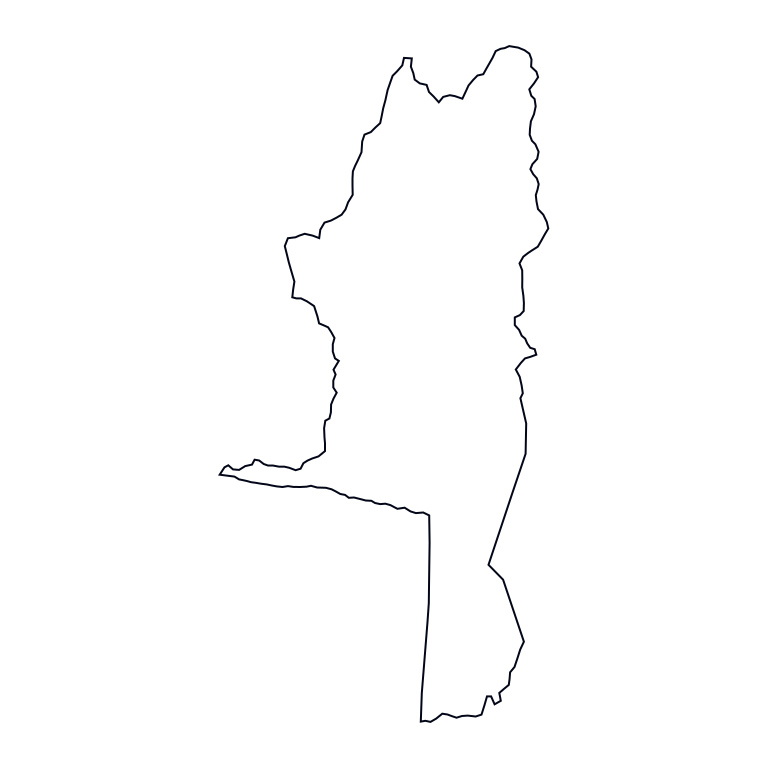 São João do Rio do Peixe, Paraíba, Brazil
{"feature_id": "56859067B54672156861025", "entity_name": "São João do Rio do Peixe", "entity_type": "district", "adm_level": 2, "iso_a3": "BRA", "parent_name": "Brazil", "parent_adm1": "Paraíba", "projection": "equal_earth", "projection_center": [-38.435, -6.751], "detail": "fine", "context": "isolated", "style": "outline", "palette": "ink", "viewbox_px": 768, "rotation_deg": 0, "n_neighbors": 0, "source": "geoboundaries", "source_scale": "gbopen_adm2", "svg_char_len": 3121}
<svg xmlns="http://www.w3.org/2000/svg" viewBox="0 0 768 768"><path d="M538.1,77.2L536.4,71.7L531.1,66.7L531.5,59.4L529.4,53.7L524.5,50.2L518.2,47.6L509.2,46.1L504.7,48.1L500.6,48.8L495.7,51.1L492.5,57.9L489.2,63.7L486.0,69.3L483.3,74.2L477.5,75.5L473.1,80.0L468.5,85.5L466.5,89.9L462.4,98.7L454.8,96.1L449.8,95.2L443.2,96.9L438.8,102.3L433.8,96.7L429.0,92.0L426.6,84.9L419.8,83.4L414.7,79.6L413.3,73.1L410.9,66.7L411.8,58.4L404.0,57.9L402.3,65.4L397.0,71.4L392.6,75.8L390.0,83.2L387.6,90.1L385.4,100.2L383.2,108.3L381.7,116.0L380.2,123.1L375.4,127.5L370.8,132.1L364.5,134.6L362.2,141.5L361.5,152.2L357.7,160.6L355.1,165.9L352.9,171.3L352.5,178.3L352.5,185.6L352.7,194.8L348.1,202.3L345.5,209.4L341.6,214.7L336.1,217.9L330.9,220.6L324.5,222.6L320.3,229.7L319.2,238.1L312.6,235.6L304.7,233.8L299.3,235.6L295.5,237.3L287.9,238.2L284.8,246.1L287.0,254.9L288.8,262.3L291.2,270.7L294.4,281.6L293.2,289.3L292.3,297.3L296.4,298.4L301.0,298.4L306.9,301.3L314.1,306.1L317.4,316.3L319.1,323.4L323.9,325.4L328.1,327.3L331.1,331.9L334.5,338.0L332.8,344.2L332.8,351.6L335.0,358.4L338.8,360.9L333.5,369.7L335.6,374.5L333.3,380.6L333.3,387.5L336.7,392.7L333.5,398.6L331.1,404.5L330.9,412.4L329.4,418.5L325.3,420.7L324.1,428.2L324.5,437.7L325.0,443.2L325.0,451.1L318.5,456.4L312.2,458.5L307.5,460.6L303.4,463.2L300.6,468.7L295.6,470.2L289.3,467.8L284.5,466.7L279.2,466.7L272.7,465.5L267.9,465.5L263.7,464.0L259.2,460.5L254.6,459.7L252.0,464.6L245.2,466.1L239.1,469.9L233.0,469.4L228.3,465.3L224.5,467.3L219.7,474.7L226.7,475.6L234.5,476.6L239.1,479.4L243.2,480.2L247.2,481.1L251.1,482.2L255.7,482.8L260.9,483.7L266.6,484.4L271.8,485.5L276.8,486.4L282.5,487.0L288.0,486.1L293.2,486.9L300.0,487.0L306.4,486.7L311.0,485.8L317.1,487.5L326.0,487.8L331.6,489.3L335.7,491.4L340.3,494.0L345.1,494.9L348.8,497.8L354.0,497.5L361.2,499.3L365.7,500.5L371.4,500.8L375.0,503.0L380.2,504.1L385.4,503.7L390.4,505.1L397.4,508.8L404.6,507.7L410.5,511.4L415.9,513.1L423.2,512.5L429.2,515.4L429.6,542.7L429.2,572.4L428.8,603.3L427.5,622.0L421.8,693.1L420.8,721.6L425.3,720.8L430.5,721.9L436.2,718.6L442.3,713.7L447.5,714.5L451.5,716.0L456.5,717.7L462.0,716.0L467.8,715.6L475.7,716.5L481.5,714.6L484.4,705.4L487.0,696.4L491.1,696.4L494.6,704.3L500.8,700.8L499.3,692.9L504.3,688.6L508.8,684.9L509.6,678.8L510.1,672.3L514.5,667.0L517.4,658.4L520.2,649.6L523.9,641.7L503.1,579.7L488.5,564.8L512.1,493.8L525.6,453.8L526.2,423.5L520.4,398.2L522.8,393.3L521.6,385.3L519.7,376.8L515.8,369.5L520.8,363.0L525.0,358.4L530.2,356.9L536.3,354.7L534.7,349.2L530.2,347.8L527.2,343.4L525.2,338.7L521.7,335.7L519.1,329.9L514.8,325.1L514.8,317.4L519.9,315.1L523.7,311.0L523.9,302.9L523.4,296.0L522.2,287.3L522.3,279.0L522.2,270.3L519.5,263.4L523.3,256.7L527.8,253.2L531.8,250.5L537.8,246.7L541.4,240.5L544.8,234.3L548.3,228.5L546.8,222.0L543.3,214.7L538.0,209.1L536.5,201.5L535.8,195.1L537.5,189.7L538.7,184.1L536.8,178.3L533.2,174.2L530.4,169.1L532.4,164.2L537.2,158.9L538.6,151.8L535.4,144.3L531.9,140.7L529.7,134.8L530.0,128.7L530.9,121.3L534.0,114.2L535.7,106.3L534.6,99.0L531.3,95.8L529.3,89.3L534.0,83.4L538.1,77.2Z" fill="none" stroke="#020617" stroke-width="2"/></svg>